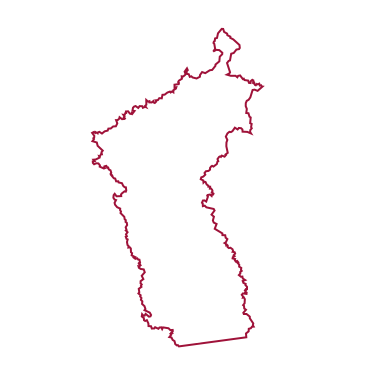 Altamira, Pará, Brazil (Mercator projection), rotated 348°
{"feature_id": "56859067B40794450496810", "entity_name": "Altamira", "entity_type": "district", "adm_level": 2, "iso_a3": "BRA", "parent_name": "Brazil", "parent_adm1": "Pará", "projection": "mercator", "projection_center": [-53.684, -6.317], "detail": "fine", "context": "isolated", "style": "outline", "palette": "rose", "viewbox_px": 384, "rotation_deg": 348, "n_neighbors": 0, "source": "geoboundaries", "source_scale": "gbopen_adm2", "svg_char_len": 6047}
<svg xmlns="http://www.w3.org/2000/svg" viewBox="0 0 384 384"><g transform="rotate(348 192 192)"><path d="M268.7,61.0L269.0,58.1L264.1,51.3L261.5,49.2L261.8,48.0L259.2,46.0L259.3,44.4L256.7,42.1L256.4,39.0L255.0,38.6L250.4,42.2L248.5,46.5L246.5,46.6L245.6,49.1L244.7,49.4L244.0,50.7L244.6,51.7L244.4,56.7L242.0,59.0L245.3,58.0L248.2,58.9L250.6,62.1L250.2,63.5L247.3,65.4L245.9,69.9L241.5,72.2L241.1,73.5L237.1,76.8L234.8,76.6L229.7,78.5L226.8,76.8L224.1,79.3L223.7,80.9L220.1,81.9L216.4,80.1L215.4,78.7L213.8,78.9L213.3,76.1L211.7,75.5L211.5,73.2L213.2,71.9L212.8,70.0L209.8,72.8L210.2,75.3L209.7,76.0L207.4,77.2L206.0,76.7L205.7,79.1L202.3,80.4L201.3,81.6L201.9,82.6L201.4,83.7L197.2,83.4L196.6,86.4L198.4,86.3L197.8,87.5L194.9,88.6L194.5,90.6L193.4,89.5L191.8,90.2L191.3,89.2L188.6,89.6L185.5,91.1L183.3,90.8L181.9,94.1L179.5,93.4L177.8,95.0L175.8,94.8L175.8,96.1L174.1,97.2L172.9,96.3L173.2,95.0L171.1,96.0L169.0,95.5L169.2,94.3L167.8,94.4L166.4,92.5L165.5,97.1L164.1,98.0L164.6,99.4L163.9,98.9L161.5,99.4L161.3,97.8L158.6,97.1L156.9,98.6L154.7,96.2L153.1,96.4L151.8,97.3L150.7,100.0L152.6,100.8L149.9,103.1L149.5,102.1L148.6,103.0L147.5,102.4L146.3,99.8L144.2,99.5L144.0,100.9L143.4,100.7L142.1,102.6L140.9,102.2L141.7,104.0L140.8,104.7L141.7,106.1L141.2,106.5L138.7,106.2L136.7,103.8L136.0,105.2L134.2,106.2L132.7,105.9L133.2,109.3L131.2,111.9L128.5,111.5L125.7,113.0L123.4,112.6L122.3,114.4L119.2,114.5L116.1,116.1L113.9,113.9L112.2,114.2L111.9,115.0L109.9,113.2L109.5,114.0L108.3,112.9L106.6,113.4L108.1,116.8L107.6,118.5L106.7,118.9L107.1,119.9L105.2,121.6L109.2,123.8L109.3,127.2L113.3,133.0L111.7,134.3L111.7,136.2L111.0,135.9L109.2,138.1L108.6,137.7L108.8,139.1L104.6,140.2L102.3,139.9L103.1,141.6L101.3,141.5L101.1,143.0L102.0,144.5L104.3,144.0L106.4,144.6L107.5,146.8L107.0,148.0L110.7,150.7L111.8,150.5L111.1,149.7L111.6,148.7L113.6,148.6L114.4,150.7L115.1,150.7L115.3,152.6L116.8,153.9L117.0,156.3L116.3,157.1L117.1,158.7L116.5,158.7L118.4,162.3L119.7,162.9L120.0,165.8L122.1,166.2L122.2,167.4L125.3,168.8L126.0,171.7L127.1,173.3L128.3,173.7L128.0,176.9L127.3,177.9L126.2,177.3L123.3,178.7L122.1,179.6L121.9,181.3L117.3,180.5L116.0,177.7L114.7,178.8L113.9,181.3L114.7,183.3L116.0,184.1L114.0,186.5L114.1,188.4L115.6,191.3L118.3,193.3L117.9,194.8L118.5,196.3L117.7,197.7L120.6,202.2L120.5,204.7L121.4,205.8L120.8,207.4L121.8,208.5L121.7,210.8L119.8,212.7L120.1,215.6L119.3,215.9L120.6,217.9L118.6,219.7L119.1,221.7L117.9,222.0L118.2,224.2L119.2,225.0L118.0,227.4L117.9,230.5L118.7,231.6L118.2,233.1L119.6,233.1L120.4,234.5L119.8,238.2L120.7,239.4L119.8,241.4L122.7,243.7L121.4,244.1L122.7,245.6L124.7,245.5L125.3,246.9L126.5,247.3L126.5,250.1L125.7,250.3L126.2,252.2L125.4,251.8L125.8,253.2L125.1,254.1L124.2,253.6L124.3,255.1L125.8,256.6L128.7,257.7L129.1,260.7L125.4,263.5L126.3,267.1L123.2,268.5L122.7,270.7L123.6,272.0L122.5,273.2L122.8,274.3L119.8,275.6L119.6,279.1L118.5,280.1L120.3,282.3L119.6,283.4L120.5,285.2L119.6,286.8L120.7,288.6L119.9,291.1L121.8,293.8L122.1,296.8L121.0,297.7L125.6,301.2L126.4,303.8L125.5,305.0L124.0,305.0L121.3,301.6L119.9,303.1L118.5,302.5L117.8,301.2L117.0,303.3L118.7,305.3L118.4,307.4L119.4,308.4L121.2,308.0L122.0,311.5L121.6,314.1L124.0,314.8L124.3,317.2L126.8,317.6L127.8,316.6L130.7,318.8L132.0,317.8L133.8,318.0L134.3,319.9L135.5,318.4L140.7,320.4L142.1,322.6L144.4,322.9L144.3,324.1L142.7,325.1L143.3,325.9L141.5,326.3L142.0,327.3L139.7,329.2L141.7,330.1L142.3,332.6L143.9,334.2L144.0,337.3L145.3,338.9L146.3,338.8L147.1,340.3L214.9,345.4L215.4,341.6L218.4,340.1L219.1,337.6L221.2,337.5L222.6,336.3L224.3,336.5L223.8,335.0L224.6,333.3L222.3,327.6L222.6,325.9L220.0,322.7L217.3,322.1L217.1,320.8L220.3,318.4L218.9,316.8L219.2,314.2L218.5,313.3L220.3,311.8L221.4,307.8L220.7,305.7L219.9,305.8L220.3,305.1L219.3,302.9L220.7,301.8L224.1,303.0L224.5,301.8L223.3,300.9L224.1,299.8L223.4,299.2L224.6,298.1L225.6,298.4L226.1,296.2L224.9,294.1L225.4,293.1L223.4,291.6L223.1,289.6L225.7,289.2L223.7,287.2L223.7,285.2L222.3,285.1L220.6,283.0L222.3,281.8L222.5,280.3L224.2,279.5L223.7,278.5L224.4,276.5L222.6,274.8L223.1,272.9L221.7,270.6L222.6,270.3L221.8,268.8L220.3,269.1L219.7,267.4L220.2,266.5L217.9,265.4L218.4,264.2L220.3,263.6L219.6,262.5L221.4,261.2L221.2,259.8L219.4,259.0L220.0,258.5L219.7,256.4L218.0,254.5L216.4,254.5L215.4,253.3L215.8,251.8L215.2,250.9L214.4,251.3L214.3,249.6L213.3,248.7L214.7,248.2L216.8,245.4L215.4,243.7L215.5,241.2L212.8,240.5L213.1,238.8L206.6,232.7L209.4,228.4L206.9,226.4L206.5,224.2L208.3,220.7L206.4,218.2L210.2,214.8L209.7,213.1L202.9,210.0L201.6,208.0L199.7,208.1L200.1,205.4L199.5,204.6L200.9,202.6L202.4,202.8L203.9,204.3L206.6,199.9L206.1,198.8L206.6,198.2L209.1,198.2L210.4,200.0L211.2,198.5L212.2,198.8L212.7,198.0L211.3,196.4L212.3,195.3L212.1,194.0L211.3,192.5L210.2,192.4L210.8,190.6L209.1,190.2L209.3,189.2L207.9,187.7L207.3,185.0L206.2,184.5L205.2,185.2L205.4,183.0L203.2,181.3L204.1,179.6L206.2,179.3L208.6,177.8L208.2,176.0L209.9,174.6L212.5,174.8L214.3,173.9L214.6,172.3L215.9,171.1L217.1,170.6L218.3,171.6L222.1,169.8L223.2,167.6L224.1,167.3L223.8,165.1L225.8,163.3L226.9,163.0L227.6,163.7L228.7,162.6L231.2,164.2L232.9,162.9L232.6,162.3L235.1,161.1L235.1,154.4L236.0,150.7L237.4,148.4L236.6,144.9L238.8,142.1L241.1,140.9L242.5,141.5L244.2,140.9L247.3,138.0L249.6,140.3L251.1,139.1L253.3,139.8L254.3,141.3L254.0,143.5L258.6,144.7L261.9,147.0L261.3,145.3L262.0,143.4L263.7,142.1L263.3,140.8L264.5,137.8L263.2,136.8L264.9,131.3L263.9,130.3L263.6,126.7L261.5,126.0L262.9,122.1L262.4,119.2L263.1,116.2L264.5,114.2L266.5,113.6L268.7,111.6L272.5,104.8L274.5,104.9L277.2,106.7L282.9,103.5L282.1,103.2L281.8,102.0L280.5,102.0L280.3,100.0L278.7,100.4L277.9,99.8L276.6,100.9L275.9,100.4L275.6,98.2L274.9,98.6L274.4,98.1L275.2,95.6L274.3,94.8L272.5,95.8L271.9,97.6L270.4,97.1L270.1,94.7L266.6,93.4L266.2,91.9L265.2,92.1L263.3,88.0L261.2,88.0L260.2,89.2L258.8,87.4L254.1,86.4L250.6,84.5L253.2,83.8L254.1,82.8L253.1,73.1L255.1,71.4L256.5,71.2L259.1,64.9L261.7,64.7L265.1,61.9L267.7,62.0L268.7,61.0Z" fill="none" stroke="#9f1239" stroke-width="2"/></g></svg>